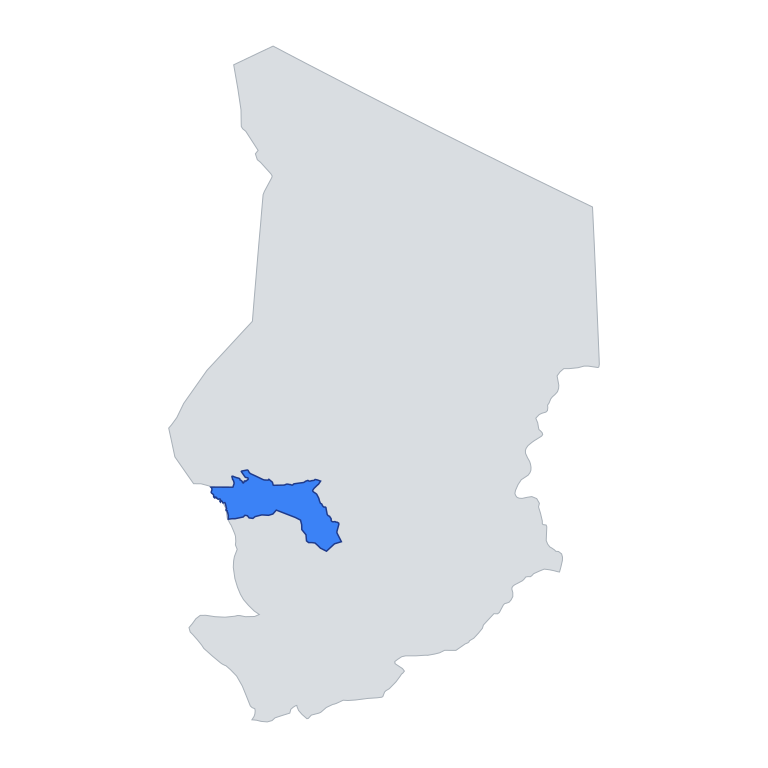 Chad, with Hadjer-Lamis highlighted
{"feature_id": "TCD-1464", "entity_name": "Hadjer-Lamis", "entity_type": "Prefecture", "adm_level": 1, "iso_a3": "TCD", "parent_name": "Chad", "parent_adm1": "", "projection": "orthographic", "projection_center": [15.964, 12.449], "detail": "fine", "context": "in_parent", "style": "filled", "palette": "blue", "viewbox_px": 768, "rotation_deg": 0, "n_neighbors": 0, "source": "natural_earth", "source_scale": "10m", "svg_char_len": 7504}
<svg xmlns="http://www.w3.org/2000/svg" viewBox="0 0 768 768"><path d="M592.5,207.0L593.4,225.8L594.3,244.7L595.1,263.5L595.9,282.4L596.7,301.3L597.5,320.1L598.3,339.0L599.1,358.0L599.3,364.2L598.9,366.7L598.7,367.1L597.9,367.5L588.2,366.1L584.0,366.1L578.1,367.7L569.4,368.6L563.8,368.6L560.0,371.9L557.1,375.9L558.8,385.3L558.6,388.4L557.5,391.7L555.0,394.5L552.4,396.8L550.8,398.8L549.0,403.1L547.6,405.1L547.8,407.8L547.4,410.6L545.9,412.1L541.8,413.3L539.2,414.6L537.2,416.7L535.8,418.2L536.6,420.2L537.7,422.8L538.4,427.0L538.9,429.5L541.0,431.4L542.2,432.8L542.7,434.6L541.6,436.1L536.7,439.2L534.7,440.4L532.4,442.0L531.6,442.6L528.0,445.6L526.2,448.2L525.4,450.4L525.5,453.3L527.5,457.7L529.6,461.4L530.5,464.2L531.0,467.3L530.9,470.2L529.9,472.8L528.1,475.2L521.3,479.7L518.1,484.5L515.5,490.4L514.9,493.5L515.7,495.6L517.1,497.4L519.2,498.2L522.2,498.4L527.2,497.3L531.8,496.6L536.7,498.6L539.4,503.3L538.5,506.9L540.5,513.3L542.3,521.0L542.3,523.6L543.0,524.6L546.1,525.0L546.8,526.8L546.2,540.5L547.7,544.2L549.8,546.9L552.2,548.3L554.6,550.0L555.8,551.3L558.5,551.5L561.6,553.9L562.5,557.2L562.4,560.4L560.8,567.3L559.5,572.0L557.7,571.7L554.0,570.7L549.6,569.8L544.2,569.1L539.1,571.2L533.6,573.7L531.9,575.6L530.4,576.7L527.9,576.6L525.7,577.0L524.5,578.7L522.5,580.7L514.5,584.9L512.8,586.3L511.9,587.8L511.9,589.4L512.8,592.6L512.8,596.6L511.1,599.9L509.1,602.2L506.7,603.1L504.7,603.6L503.4,604.9L499.4,612.4L497.6,613.8L493.9,613.7L483.4,625.0L482.4,628.3L478.6,633.0L473.8,638.2L469.4,640.8L469.1,641.8L467.9,642.8L465.2,643.9L455.9,650.4L444.6,650.3L439.6,652.8L434.8,654.0L427.7,655.3L425.6,655.2L416.5,655.8L405.8,655.8L401.7,656.7L397.9,659.2L395.1,661.3L394.6,662.0L395.1,662.9L395.0,663.6L402.5,668.6L404.4,671.1L402.5,673.5L401.6,673.9L401.5,674.1L400.3,676.0L396.0,681.8L389.3,688.7L385.9,690.7L384.6,692.0L382.8,696.6L381.7,697.2L377.1,697.8L368.0,698.4L355.5,700.0L347.9,700.5L343.2,700.2L336.6,703.3L334.3,704.1L332.8,704.4L326.3,707.5L320.9,712.2L319.0,713.1L311.3,715.1L308.3,718.4L306.9,718.7L302.0,714.4L298.6,710.5L297.0,706.6L296.8,705.4L295.8,705.6L293.1,707.3L290.8,709.3L289.8,713.1L281.8,715.6L275.1,717.8L272.0,720.6L267.3,721.9L261.2,721.4L256.5,720.2L251.9,719.8L254.1,716.4L254.9,713.9L255.2,710.8L254.8,708.7L252.1,707.6L250.3,705.9L246.4,696.1L242.3,686.0L236.6,676.0L230.4,669.6L225.9,665.7L224.5,665.2L222.2,664.0L220.6,662.9L212.3,656.0L203.8,648.4L201.6,645.0L197.4,639.8L192.6,634.4L190.2,632.0L189.0,627.6L192.3,623.7L195.9,618.7L200.2,615.4L205.8,615.3L215.1,616.7L225.0,617.2L234.9,616.2L237.5,615.5L240.0,615.6L245.3,616.7L254.6,616.5L259.3,614.5L254.2,611.0L248.7,605.6L243.5,599.6L240.4,594.2L237.5,587.2L234.9,578.6L233.3,567.4L233.6,561.1L234.4,556.6L237.2,549.3L235.4,544.9L235.8,541.5L235.5,536.3L234.7,533.7L231.1,525.1L230.4,524.2L227.3,518.3L225.9,508.4L222.4,501.8L216.7,498.6L213.4,494.8L212.3,488.0L210.1,486.2L201.1,483.8L193.6,483.7L188.2,476.0L181.3,466.1L174.9,456.9L171.0,438.6L168.7,428.1L171.4,425.0L176.8,417.6L183.7,403.4L199.1,381.5L207.0,370.3L222.6,353.5L241.6,332.9L252.4,321.3L254.1,300.1L256.0,277.7L257.4,260.8L259.1,240.8L260.6,224.1L261.6,211.9L263.1,194.7L264.4,191.4L271.7,177.8L272.2,176.0L270.9,173.8L260.5,162.3L257.3,159.7L255.4,153.8L258.1,150.4L245.7,131.2L242.7,128.8L241.3,126.5L241.2,123.0L241.0,109.8L237.9,89.0L233.7,64.8L248.2,57.9L259.1,52.7L273.1,46.1L286.0,52.9L304.7,62.7L323.6,72.5L342.5,82.3L361.4,92.1L380.4,101.8L399.5,111.5L418.6,121.2L437.7,130.9L457.0,140.5L476.2,150.1L495.5,159.6L514.8,169.2L534.2,178.7L553.6,188.2L573.0,197.6L592.5,207.0Z" fill="#d9dde1" stroke="#a8b0b8" stroke-width="1"/><path d="M214.1,497.1L213.8,497.1L213.7,496.9L213.6,496.5L213.6,494.9L212.9,494.1L211.6,493.1L211.2,492.5L211.2,492.0L211.9,490.0L211.9,489.2L211.8,488.5L211.5,487.8L210.9,487.2L211.7,487.1L232.3,487.2L232.6,487.2L232.9,487.1L233.1,486.8L233.3,485.8L233.9,484.3L234.1,483.3L234.1,483.1L234.1,482.8L233.4,480.4L233.3,480.2L233.1,480.0L233.0,479.9L232.7,479.6L232.5,479.2L232.4,478.4L232.3,477.7L232.1,477.3L231.9,476.9L231.9,476.7L232.0,476.3L232.2,476.2L232.6,476.2L233.4,476.4L234.1,476.8L234.9,477.1L235.4,477.2L235.6,477.3L235.9,477.4L236.0,477.5L236.3,477.6L236.7,477.7L238.0,478.0L239.4,478.5L239.6,478.6L239.8,478.9L239.9,479.1L239.9,479.5L240.0,479.9L240.2,480.0L241.2,480.5L241.4,480.6L241.6,480.9L241.8,481.1L242.0,481.2L242.1,481.3L242.2,481.5L242.5,482.4L242.7,482.5L242.8,482.7L242.9,482.8L243.1,483.0L243.3,483.0L243.5,482.9L243.8,482.6L243.9,482.4L244.0,482.1L244.1,481.6L244.1,481.3L244.2,481.2L244.4,481.1L244.5,481.0L244.8,480.9L245.1,480.9L245.3,480.9L245.6,481.2L245.7,481.3L245.9,481.1L248.1,479.4L248.2,479.2L248.2,478.8L248.0,478.2L247.9,478.0L247.8,477.8L247.6,477.8L245.5,477.4L245.3,477.3L245.2,477.2L241.5,471.9L241.3,471.4L241.5,471.2L241.9,471.0L247.2,470.0L247.6,470.1L247.9,470.3L248.1,470.4L249.0,472.1L249.5,472.8L250.3,473.5L250.6,473.7L255.6,476.0L263.1,479.6L264.5,480.0L267.5,480.1L268.4,480.0L268.9,479.3L272.3,482.1L272.5,482.5L273.2,485.1L273.8,485.3L284.0,485.1L284.4,485.0L285.0,484.8L285.8,484.4L286.5,484.2L286.8,484.1L287.2,484.1L288.7,484.3L289.2,484.5L290.2,484.5L290.7,484.7L291.3,484.9L291.8,485.1L292.0,485.1L292.3,485.1L292.7,484.9L292.9,484.8L293.3,484.3L293.7,484.0L294.0,483.8L303.5,482.5L304.0,482.3L304.4,482.1L304.7,481.9L305.4,481.3L305.7,481.2L306.1,481.0L306.9,480.8L307.3,480.6L307.7,480.5L307.9,480.4L308.5,480.8L308.8,481.0L309.9,481.2L310.2,481.1L310.9,480.9L311.4,480.7L313.8,480.4L314.1,480.3L314.3,480.2L314.9,479.6L315.0,479.5L315.4,479.5L317.6,480.0L320.6,481.1L318.8,483.8L318.2,484.5L317.6,484.9L313.9,488.5L312.9,490.1L312.8,490.3L312.7,490.5L312.7,490.9L312.8,491.1L312.9,491.3L313.0,491.5L314.3,492.5L315.3,493.1L316.6,494.1L316.8,494.4L318.6,497.9L318.8,498.3L319.5,501.0L320.1,502.5L320.3,503.0L320.6,503.4L320.8,503.5L321.4,503.8L321.6,503.9L321.7,504.0L321.9,504.3L322.3,505.3L322.4,505.6L322.6,505.9L323.0,506.2L323.3,506.6L323.4,506.8L323.6,506.9L323.8,507.0L324.1,507.1L324.3,507.1L324.8,507.0L325.1,507.1L325.4,507.1L325.7,507.3L326.0,507.8L326.0,508.2L326.1,508.7L327.1,514.0L327.3,514.6L328.1,515.6L328.4,515.8L329.4,516.2L329.6,516.3L329.7,516.5L329.9,516.8L330.2,517.4L330.3,517.6L330.7,518.0L331.0,518.5L331.1,518.8L331.2,519.1L331.1,520.3L331.2,520.5L331.3,520.8L331.9,521.4L332.0,521.5L332.5,521.7L333.0,521.8L333.5,521.8L334.0,521.7L334.4,521.6L334.6,521.6L334.9,521.6L335.1,521.6L335.3,521.7L335.6,522.0L335.8,522.0L336.0,522.1L336.9,522.2L337.2,522.2L337.4,522.3L337.7,522.6L337.9,522.7L338.3,522.9L338.6,523.0L338.9,524.1L337.0,531.2L336.9,531.8L336.9,532.5L337.1,533.2L341.4,541.7L334.5,543.8L326.5,551.2L320.5,548.2L317.9,545.6L315.0,543.0L312.0,542.6L308.6,542.6L306.5,540.9L306.0,534.8L303.9,532.2L301.8,529.6L301.7,524.8L300.5,520.1L295.4,517.5L276.3,510.1L272.9,514.0L268.6,515.3L261.8,514.9L255.1,516.6L252.9,518.4L249.1,517.9L247.4,515.7L244.9,515.3L243.2,517.0L238.9,517.9L235.1,518.7L232.1,518.7L228.3,519.2L228.3,516.2L228.4,515.8L227.7,512.6L227.2,511.6L227.1,511.4L227.2,510.9L227.2,510.7L226.7,510.5L226.3,510.4L226.1,510.4L226.0,509.8L226.1,509.5L226.5,508.9L226.6,508.7L225.3,503.4L224.8,502.6L223.4,502.9L222.7,502.8L222.4,502.1L222.3,501.7L222.0,501.3L221.6,500.9L221.3,500.8L221.0,500.9L220.4,502.0L219.9,501.2L220.5,499.9L220.3,499.2L219.6,498.9L218.4,499.2L217.7,498.9L217.4,498.6L216.7,498.1L216.6,497.9L216.6,497.6L216.5,497.4L216.2,497.3L215.9,497.3L215.1,497.9L214.7,498.0L214.5,497.8L214.4,497.4L214.5,497.0L214.1,497.1Z" fill="#3b82f6" stroke="#1e3a8a" stroke-width="1.5"/></svg>